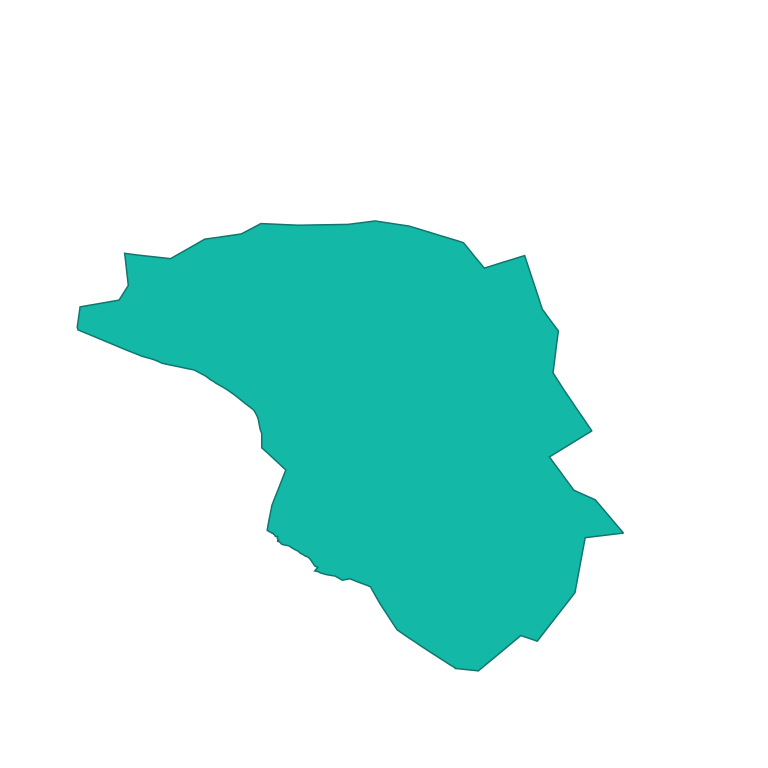 the district of Bayanzu'rx, Ulaanbaatar, Mongolia, rotated 310°
{"feature_id": "93677404B78572073396815", "entity_name": "Bayanzu'rx", "entity_type": "district", "adm_level": 2, "iso_a3": "MNG", "parent_name": "Mongolia", "parent_adm1": "Ulaanbaatar", "projection": "albers", "projection_center": [107.069, 47.965], "detail": "fine", "context": "isolated", "style": "filled", "palette": "teal", "viewbox_px": 768, "rotation_deg": 310, "n_neighbors": 0, "source": "geoboundaries", "source_scale": "gbopen_adm2", "svg_char_len": 3375}
<svg xmlns="http://www.w3.org/2000/svg" viewBox="0 0 768 768"><g transform="rotate(310 384 384)"><path d="M228.8,114.8L230.1,119.0L232.0,125.1L234.1,131.7L236.0,137.8L238.0,144.3L239.0,147.5L240.5,152.2L242.2,157.8L242.8,159.7L243.7,162.6L244.8,166.0L246.5,171.1L247.7,174.6L249.2,179.3L249.9,181.2L251.3,184.4L253.3,188.7L254.9,192.6L256.3,197.0L257.3,200.8L257.9,201.9L259.0,204.1L262.3,210.2L266.6,218.2L269.5,223.7L272.8,229.7L272.8,230.0L274.3,237.0L275.3,241.4L275.4,242.3L275.8,249.2L275.9,249.7L276.4,251.4L276.5,254.3L276.9,256.6L278.0,262.6L278.7,266.7L279.0,270.2L279.5,276.0L279.7,280.4L279.8,289.0L280.2,298.0L280.3,301.1L279.3,303.9L277.7,307.7L276.8,309.2L276.2,310.3L273.3,313.8L269.6,318.4L267.6,322.0L262.1,326.7L256.5,331.4L256.3,339.8L256.1,342.5L255.7,350.7L255.6,353.8L255.2,360.0L255.1,364.0L246.5,366.9L237.3,370.0L233.9,371.1L223.7,374.5L219.7,375.9L218.4,376.4L216.2,377.7L206.1,383.2L201.7,385.7L197.1,388.4L196.7,388.8L197.0,389.1L197.3,390.1L197.0,391.3L197.7,392.1L197.7,393.5L197.7,394.1L198.4,394.8L197.9,395.9L198.1,397.1L197.8,397.7L197.4,398.7L197.5,398.8L197.8,399.4L198.7,400.2L198.7,400.7L197.3,401.4L196.9,402.0L196.9,403.4L196.5,403.7L195.8,403.2L195.2,403.7L195.4,404.1L195.9,405.6L195.7,406.9L195.5,408.4L195.8,409.3L196.2,410.4L197.2,412.1L198.9,415.2L199.0,416.6L199.8,422.0L200.4,424.3L200.7,425.5L200.6,429.1L201.3,431.3L201.3,431.7L201.5,433.9L202.6,437.3L202.6,437.8L202.4,439.4L202.0,441.5L200.1,447.8L201.0,451.1L196.3,451.1L196.5,451.4L196.9,452.2L197.6,453.5L197.8,453.9L198.2,455.8L198.6,457.2L200.4,461.2L201.1,462.7L202.4,464.9L204.7,468.8L205.5,470.2L205.9,472.4L206.5,475.9L206.9,478.2L208.7,479.7L212.8,483.0L214.1,486.8L215.3,490.5L217.3,496.1L219.1,501.2L220.0,503.9L219.7,504.6L217.1,511.5L216.0,514.3L213.9,520.1L213.1,522.3L212.6,523.8L210.1,532.2L208.1,538.8L206.2,545.0L204.9,549.4L204.1,552.4L204.7,558.2L205.5,566.7L206.4,574.2L206.7,577.5L206.9,579.5L207.7,586.5L208.8,595.3L209.1,597.7L210.1,605.6L210.5,608.3L211.2,614.4L211.7,617.5L212.0,619.2L212.3,621.7L212.1,621.7L217.5,629.7L218.7,631.5L221.5,635.6L224.9,640.7L225.0,640.7L250.3,645.3L279.2,650.5L282.6,659.1L285.5,666.7L341.9,664.6L346.9,664.4L395.6,636.9L422.6,662.2L422.8,662.4L422.8,662.5L423.2,663.0L423.8,662.8L426.3,648.2L428.0,638.2L429.7,628.6L430.5,623.5L431.1,620.4L428.5,611.2L426.1,602.9L424.7,597.7L427.3,586.9L428.4,582.3L430.5,573.9L431.5,569.7L433.4,561.8L434.5,557.6L438.4,558.9L450.7,563.0L460.8,566.4L469.3,569.2L476.1,571.5L481.4,573.3L481.7,573.2L485.6,559.6L487.2,553.7L489.4,545.7L491.5,538.7L493.9,530.0L495.0,526.1L497.9,516.9L499.9,510.4L501.2,506.3L506.8,502.7L514.3,497.9L523.5,491.9L533.2,485.7L536.7,483.5L538.0,478.1L539.3,472.4L540.9,465.8L542.3,460.4L543.0,457.3L545.7,452.9L550.3,445.6L554.5,438.8L558.0,433.1L564.3,422.9L567.6,417.6L572.8,409.2L565.4,404.4L561.4,401.9L556.7,398.8L553.8,396.9L546.2,392.1L540.6,388.5L537.2,386.3L538.2,381.3L539.7,372.8L541.7,362.7L543.3,354.1L541.5,349.5L532.7,329.0L530.9,324.7L521.1,301.7L515.2,292.1L503.2,272.4L483.1,253.8L450.4,216.1L427.8,186.6L414.5,181.2L407.2,178.2L386.6,159.8L379.8,153.6L342.8,139.9L324.0,111.7L317.7,101.8L317.6,101.7L317.4,101.3L314.7,104.2L311.1,108.0L295.1,124.8L287.4,125.8L285.9,126.0L278.0,127.1L250.7,104.1L247.7,101.6L247.2,101.9L246.9,102.1L245.7,102.9L230.3,112.5L228.8,114.8Z" fill="#14b8a6" stroke="#0f766e" stroke-width="1.5"/></g></svg>